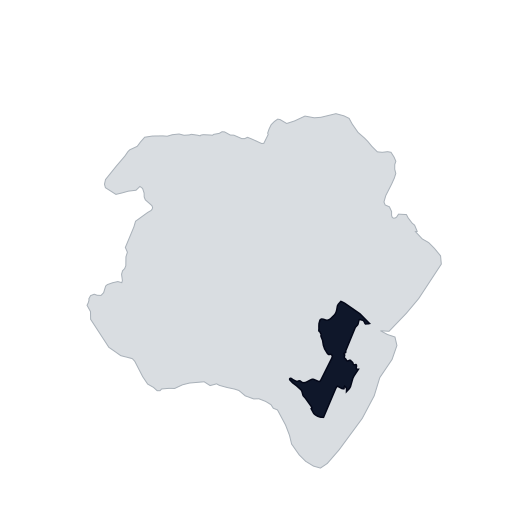 Suriname, with Para highlighted, rotated 117°
{"feature_id": "SUR-68", "entity_name": "Para", "entity_type": "District", "adm_level": 1, "iso_a3": "SUR", "parent_name": "Suriname", "parent_adm1": "", "projection": "mercator", "projection_center": [-55.311, 5.329], "detail": "fine", "context": "in_parent", "style": "filled", "palette": "ink", "viewbox_px": 512, "rotation_deg": 117, "n_neighbors": 0, "source": "natural_earth", "source_scale": "10m", "svg_char_len": 4608}
<svg xmlns="http://www.w3.org/2000/svg" viewBox="0 0 512 512"><g transform="rotate(117 256 256)"><path d="M407.4,138.9L400.6,144.7L393.2,152.9L383.4,167.0L383.8,171.5L381.7,175.1L381.2,181.5L381.9,188.6L384.4,193.2L385.5,202.1L383.6,210.1L384.3,214.7L386.3,222.1L387.9,229.9L387.8,233.1L390.1,235.6L392.3,238.1L391.6,245.1L399.4,257.6L404.1,263.0L410.9,268.3L413.4,273.4L417.3,279.7L419.6,280.4L420.9,282.9L419.6,287.7L419.3,294.4L415.0,302.1L404.8,316.3L403.6,319.6L406.2,331.3L404.8,341.0L404.2,345.6L399.3,354.1L387.5,374.6L380.7,378.2L376.6,384.2L374.0,384.2L371.0,384.8L370.1,385.5L366.4,385.4L363.5,382.8L363.1,379.7L361.5,376.2L357.9,375.1L351.0,376.3L349.0,375.5L344.9,371.6L341.5,367.5L340.7,363.5L338.5,363.9L333.3,367.5L329.7,368.2L326.9,367.3L323.7,367.6L315.8,371.5L311.0,372.3L307.7,376.3L285.5,378.0L279.7,379.1L266.4,372.3L263.0,370.1L261.3,369.8L259.8,370.1L258.4,371.6L256.2,380.1L254.2,382.4L250.7,384.3L247.3,387.7L246.7,391.0L251.9,392.8L256.2,399.2L260.9,404.3L264.7,408.8L264.2,413.9L263.5,421.2L260.8,423.6L256.2,424.8L239.4,421.3L226.5,418.2L221.1,417.5L218.7,416.7L215.4,414.1L212.2,411.6L206.9,410.7L200.7,409.1L196.1,402.7L191.3,393.6L189.6,389.5L185.9,385.6L182.2,379.9L181.1,374.9L178.4,370.4L176.9,368.8L174.8,362.6L174.3,360.3L173.3,360.0L171.8,358.0L168.8,351.3L168.2,349.6L166.9,349.0L163.4,344.4L160.7,342.7L159.7,340.3L159.9,333.8L158.4,330.6L158.0,324.4L157.9,322.0L156.5,319.3L154.1,317.5L153.7,313.0L153.2,302.1L152.1,300.2L142.2,300.3L141.2,301.4L136.9,302.0L132.1,302.1L127.8,300.7L124.2,298.8L123.5,296.4L124.0,288.8L118.2,283.0L109.1,275.9L106.4,266.8L103.0,261.2L92.9,249.4L91.2,241.3L91.1,235.5L94.7,230.3L99.6,221.1L101.7,212.7L103.2,208.3L105.7,202.6L108.1,195.2L106.3,190.6L103.3,186.1L102.3,182.8L105.2,177.9L108.1,174.4L111.5,173.9L115.7,171.8L119.0,168.9L124.0,168.1L130.4,167.8L143.3,167.8L149.8,166.5L151.9,164.1L151.6,159.5L154.8,155.4L158.3,153.6L159.7,152.2L159.9,150.7L159.0,149.3L157.6,148.4L154.0,148.0L150.8,140.8L153.0,137.7L155.8,131.9L156.6,128.6L160.9,123.5L161.9,125.0L165.3,115.7L165.7,108.1L168.2,100.5L172.1,91.6L179.1,87.2L220.0,91.7L238.7,96.0L262.7,103.3L266.1,111.2L266.3,103.3L265.1,95.4L271.8,89.8L286.4,87.8L308.2,90.5L326.9,87.2L352.5,87.6L391.2,94.0L408.5,98.3L415.7,102.3L417.1,109.4L416.4,118.5L413.6,127.2L407.4,138.9Z" fill="#d9dde1" stroke="#a8b0b8" stroke-width="1"/><path d="M335.8,113.8L332.9,115.2L331.9,117.0L331.7,117.9L331.7,118.0L332.1,117.9L332.9,118.0L333.1,117.9L333.5,117.6L334.0,117.4L334.5,117.4L334.6,117.7L334.5,118.1L334.5,118.4L334.8,118.6L335.1,118.9L335.1,119.7L335.0,124.3L336.5,124.8L338.1,124.8L369.1,122.6L370.4,125.5L370.8,128.3L370.7,130.0L370.6,131.1L370.4,132.1L370.1,133.0L369.6,133.8L367.0,137.6L365.8,137.2L365.0,138.4L360.2,147.6L359.2,150.3L358.7,151.0L355.9,153.5L355.3,154.3L354.9,154.9L353.2,161.1L352.4,165.8L351.0,169.7L350.4,170.2L349.8,170.2L349.3,169.8L349.1,169.2L349.1,168.5L349.4,167.2L349.4,164.0L349.3,163.1L349.0,162.4L348.4,161.6L347.7,161.1L347.3,160.3L347.3,159.6L347.7,157.9L347.6,157.0L347.3,156.1L346.8,155.3L346.2,154.5L345.4,153.8L341.2,150.8L340.4,150.1L339.9,149.3L339.7,148.4L339.4,143.5L339.1,142.7L338.5,142.1L336.9,141.9L312.6,142.1L310.5,142.5L309.7,143.7L309.6,144.5L309.9,145.2L310.3,145.7L310.7,146.2L310.8,146.7L310.7,147.2L310.5,148.0L307.6,152.7L304.9,155.5L300.9,158.4L298.1,161.6L297.5,162.0L296.6,162.1L296.2,162.4L295.5,163.4L295.2,163.9L294.8,164.2L294.6,164.7L294.4,165.7L294.0,166.1L293.6,166.4L292.7,166.7L292.3,166.9L291.5,167.3L290.0,168.1L287.6,169.2L284.1,169.9L283.1,169.6L282.3,168.9L281.7,167.1L281.5,165.9L281.4,164.8L281.2,164.0L280.7,163.1L279.7,162.1L278.8,161.5L277.8,161.0L272.7,159.3L271.0,159.1L269.3,159.2L267.4,159.6L263.5,160.8L262.6,160.8L261.8,160.8L257.9,159.8L257.8,158.3L257.8,155.6L260.3,137.1L264.6,124.2L265.6,125.4L266.0,126.4L266.8,127.3L266.7,128.1L266.2,128.9L265.4,129.7L264.8,131.1L264.8,132.2L265.2,133.2L265.3,134.5L265.9,135.0L266.6,135.1L270.3,134.2L271.3,134.2L274.5,135.1L299.1,133.1L300.1,132.9L300.6,132.5L301.3,132.3L301.8,132.6L302.2,133.0L302.8,133.4L303.2,133.2L303.5,132.8L303.7,132.3L304.1,131.9L304.8,131.9L306.0,131.3L306.6,130.9L306.9,130.5L307.0,129.5L307.2,129.0L307.6,128.5L307.9,127.9L308.1,127.3L308.0,126.8L307.6,126.3L306.4,125.3L306.1,124.8L306.1,124.2L306.6,123.2L306.8,122.0L307.1,121.4L307.7,120.8L308.2,120.3L308.5,119.7L308.4,119.1L308.1,118.6L307.6,118.1L307.3,117.6L307.5,117.1L308.5,116.4L309.8,116.1L310.6,115.7L311.0,115.3L311.0,114.7L310.8,114.2L310.4,113.3L318.2,114.2L321.0,114.2L329.6,112.5L331.7,112.6L335.8,113.8Z" fill="#0f172a" stroke="#020617" stroke-width="1.5"/></g></svg>